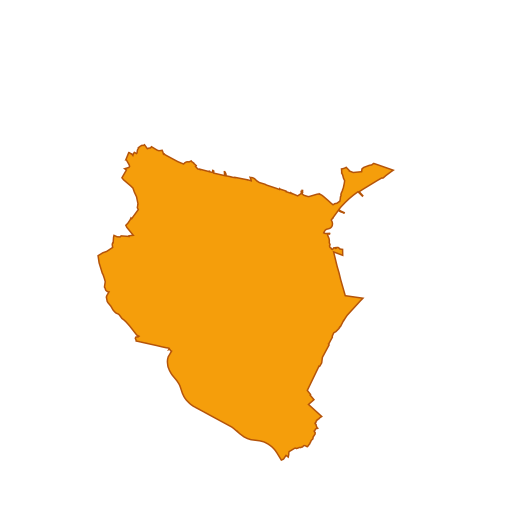 the district of Breda, Noord-Brabant, Netherlands, rotated 221°
{"feature_id": "6326949B29161299179415", "entity_name": "Breda", "entity_type": "district", "adm_level": 2, "iso_a3": "NLD", "parent_name": "Netherlands", "parent_adm1": "Noord-Brabant", "projection": "natural_earth1", "projection_center": [4.749, 51.564], "detail": "fine", "context": "isolated", "style": "filled", "palette": "amber", "viewbox_px": 512, "rotation_deg": 221, "n_neighbors": 0, "source": "geoboundaries", "source_scale": "gbopen_adm2", "svg_char_len": 6039}
<svg xmlns="http://www.w3.org/2000/svg" viewBox="0 0 512 512"><g transform="rotate(221 256 256)"><path d="M147.6,294.3L162.6,284.6L176.6,293.7L182.2,297.7L188.1,301.5L200.1,310.0L191.0,313.4L195.0,317.8L197.2,316.3L197.9,316.5L199.6,316.3L199.8,316.2L201.0,315.0L200.6,314.4L200.8,314.0L201.0,313.9L201.6,314.3L202.2,313.5L202.6,313.3L202.7,312.7L202.6,311.7L202.8,310.9L203.6,310.8L204.4,311.2L205.7,311.0L207.0,311.7L207.3,312.1L207.4,312.9L207.7,313.2L209.4,314.1L210.7,315.7L211.5,316.4L212.5,317.2L214.1,317.9L216.0,319.0L216.4,319.5L215.6,320.4L215.1,320.5L214.9,320.9L215.0,321.2L215.3,321.4L218.0,318.8L218.8,318.3L220.1,317.9L220.6,320.0L220.7,320.8L220.6,321.6L220.2,322.6L218.9,324.5L218.4,325.4L218.1,326.7L218.1,327.7L218.3,328.6L218.7,329.5L219.6,330.7L220.9,331.7L222.8,332.5L223.0,334.7L222.8,334.7L222.8,335.2L223.0,335.2L223.8,344.5L222.4,344.6L221.1,344.9L218.6,345.9L217.8,346.0L217.7,346.2L217.8,346.3L217.9,346.6L221.6,345.5L222.6,345.4L224.0,345.6L224.1,349.1L223.8,355.1L223.3,360.4L222.4,366.0L221.2,371.4L215.0,371.0L215.0,371.6L220.3,372.2L218.9,377.1L214.1,392.2L212.3,397.4L211.6,397.8L211.2,398.4L210.7,402.1L209.3,408.5L208.7,410.8L225.0,404.3L227.9,403.1L228.2,402.0L228.4,400.7L230.0,398.7L232.6,393.9L232.8,393.5L233.2,391.4L232.5,390.2L231.6,388.9L237.4,382.8L241.3,381.4L241.5,381.7L246.1,382.1L246.4,381.2L247.2,379.7L248.2,378.2L248.6,377.8L245.8,375.0L245.8,374.8L243.9,374.1L241.0,372.1L238.5,371.0L236.9,368.5L234.7,364.5L234.1,362.7L233.7,362.2L233.0,359.7L232.4,358.3L231.4,357.3L231.1,356.1L229.6,354.0L228.7,352.4L228.6,352.0L228.9,351.8L229.5,348.9L230.9,347.2L231.1,346.6L231.1,346.2L231.5,345.2L234.0,345.1L237.8,345.2L243.9,345.2L245.9,345.1L248.9,344.5L248.7,344.2L249.8,343.5L250.6,342.5L254.8,335.9L255.3,335.3L255.9,334.9L259.8,333.2L261.8,333.1L262.1,333.2L262.6,334.8L263.8,335.6L263.9,336.0L264.3,335.8L264.1,335.4L264.0,335.0L264.4,334.5L264.2,334.2L263.3,333.5L263.1,332.7L262.9,332.6L264.0,328.7L270.6,326.6L271.2,326.6L271.1,326.4L270.6,326.3L275.5,324.3L275.7,324.7L276.2,324.6L281.7,322.3L282.3,322.3L281.9,321.6L285.3,320.3L294.7,316.4L296.2,316.1L301.1,313.9L302.2,313.5L304.0,313.4L304.1,313.2L307.9,313.4L309.8,312.9L310.7,312.4L311.4,311.8L312.0,311.5L309.4,310.1L308.9,309.6L309.8,309.2L310.1,309.1L312.3,308.0L312.3,307.9L312.5,307.9L312.8,307.7L323.4,301.6L323.2,301.4L324.6,300.5L326.6,299.3L326.8,299.4L331.1,296.9L332.4,298.1L333.0,298.4L334.2,299.0L334.8,298.7L335.1,299.0L335.2,298.9L332.4,296.1L342.3,290.8L343.6,292.4L344.5,292.2L344.6,292.3L344.8,292.2L343.7,291.0L343.7,290.7L343.8,290.4L346.3,289.1L347.2,289.9L346.8,288.9L355.3,284.7L355.0,284.5L357.1,283.5L360.4,283.9L360.4,285.0L363.8,285.1L363.9,285.3L367.0,285.0L367.3,285.2L368.2,283.2L369.8,281.9L370.4,281.0L370.9,279.6L371.0,277.9L372.5,277.4L373.3,277.1L377.0,275.9L389.4,273.1L391.4,272.7L392.3,272.9L392.6,272.8L392.8,272.6L392.8,272.3L395.3,273.8L395.5,273.7L396.2,274.2L397.6,272.5L398.6,271.6L399.3,271.3L400.3,271.0L406.6,269.9L406.5,268.4L407.7,267.0L408.4,265.7L413.2,266.8L413.5,265.6L414.7,264.7L415.3,263.0L415.8,260.7L415.5,260.7L415.1,258.5L414.6,257.5L413.5,255.9L413.4,255.1L413.4,254.9L415.8,254.4L415.6,252.7L414.9,251.1L416.8,251.5L416.9,251.2L419.4,250.9L419.9,250.6L417.4,243.3L417.2,243.6L411.3,241.5L410.1,240.6L410.1,239.3L412.4,235.7L410.2,235.9L408.5,227.1L405.9,226.6L396.7,226.7L393.4,226.5L389.7,224.4L385.0,222.3L379.1,217.8L379.1,217.4L378.4,216.5L377.3,214.6L375.3,213.8L374.3,202.6L375.3,202.7L374.7,200.7L374.2,196.5L374.4,193.8L372.4,192.9L362.2,191.1L365.1,188.0L365.2,187.7L364.7,187.4L371.0,182.7L371.1,181.2L373.4,179.4L376.7,178.4L375.8,176.7L372.5,172.3L372.8,172.1L372.6,171.3L372.0,170.3L369.8,168.4L371.7,161.5L373.7,158.0L375.4,152.6L369.9,147.9L360.6,142.1L359.4,141.7L356.1,139.8L352.9,137.7L350.2,133.4L349.8,133.0L349.4,132.8L348.8,132.8L348.3,132.5L347.6,131.9L346.7,131.6L345.4,131.6L344.5,131.8L343.9,132.0L343.4,132.4L342.6,128.3L342.5,127.9L341.9,127.0L342.0,126.9L341.7,126.5L340.8,125.9L338.5,124.1L336.9,123.6L332.6,122.9L328.6,121.5L327.5,121.3L325.5,121.1L324.2,121.1L321.7,121.9L320.6,121.9L316.2,120.9L313.7,121.1L310.9,121.0L305.4,120.3L294.1,118.1L291.7,118.7L291.9,117.6L293.3,116.3L293.5,115.9L293.1,114.7L291.4,113.9L290.7,113.2L272.3,123.2L267.7,125.6L263.3,128.0L262.9,128.4L261.1,129.3L260.8,129.3L260.5,128.9L260.4,128.2L260.0,128.9L259.5,129.0L258.5,128.5L257.3,128.8L256.1,122.3L255.0,120.1L253.7,118.3L252.6,117.2L250.5,115.3L249.6,114.6L246.1,112.8L243.1,111.7L240.8,111.1L234.1,110.0L230.5,109.0L228.7,108.3L226.9,107.3L221.5,104.1L218.1,102.6L216.1,102.0L213.7,101.5L209.6,101.2L207.8,101.2L204.7,101.5L162.2,111.0L159.8,111.2L154.9,111.2L155.0,111.4L152.2,111.2L146.5,111.6L142.7,112.6L139.4,114.0L131.9,119.0L128.3,120.8L127.0,121.2L123.6,122.0L121.0,122.3L118.5,122.4L116.0,122.2L114.0,121.9L110.9,121.1L103.0,118.6L102.2,120.2L102.0,121.0L102.5,125.2L99.8,125.4L101.0,127.6L101.4,128.1L101.7,128.3L102.0,128.9L102.6,129.7L102.6,130.0L102.5,130.6L100.7,136.2L100.4,136.6L100.0,137.0L99.2,137.2L98.3,138.6L97.8,139.7L97.4,140.2L96.6,140.7L96.2,141.7L95.6,142.4L95.6,143.2L95.6,143.8L95.4,144.4L94.5,145.1L92.4,145.6L92.1,145.8L92.1,147.3L92.3,148.8L92.2,149.4L92.7,150.8L92.8,151.7L93.2,152.6L93.3,153.5L93.1,155.2L94.1,156.9L94.6,160.4L95.6,161.6L96.8,161.7L97.3,162.2L97.1,162.9L97.5,164.3L97.4,164.9L97.2,165.4L96.5,166.2L96.4,166.5L97.7,166.5L98.3,167.0L99.5,167.6L100.1,168.2L101.5,168.3L101.8,168.8L101.8,169.3L101.6,169.6L102.3,171.0L102.1,171.7L102.4,172.5L102.0,173.1L102.1,173.6L101.7,174.4L101.8,175.4L101.1,178.0L119.0,178.4L118.0,185.6L123.8,186.5L123.8,187.1L124.2,187.3L129.1,188.2L136.2,214.2L135.7,214.3L135.6,214.6L136.3,218.4L139.4,223.1L142.5,236.8L143.3,237.1L143.2,237.2L143.5,237.8L144.3,241.2L145.0,244.4L145.1,244.8L145.9,245.6L146.9,248.9L146.8,249.5L146.1,251.3L145.9,254.6L145.8,255.2L145.9,256.5L146.1,258.0L146.2,257.9L146.2,258.1L146.0,258.4L147.6,264.8L147.4,264.8L147.9,267.8L148.3,271.0L147.8,291.2L147.7,292.1L147.6,294.3Z" fill="#f59e0b" stroke="#b45309" stroke-width="1.5"/></g></svg>